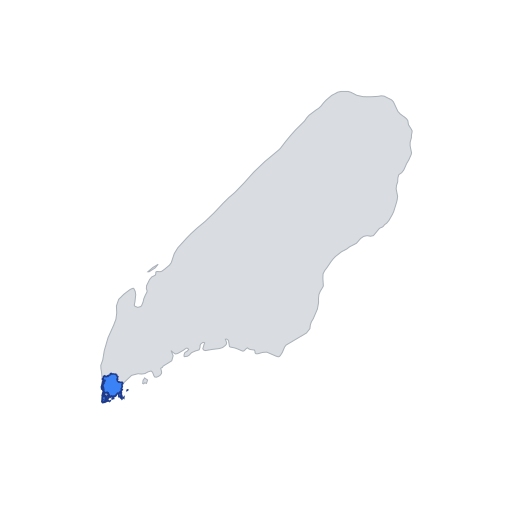 Antsiranana II, Diana, Madagascar (highlighted), rotated 208°
{"feature_id": "10022922B22775533170221", "entity_name": "Antsiranana II", "entity_type": "district", "adm_level": 2, "iso_a3": "MDG", "parent_name": "Madagascar", "parent_adm1": "Diana", "projection": "mercator", "projection_center": [49.235, -12.498], "detail": "fine", "context": "in_parent", "style": "filled", "palette": "blue", "viewbox_px": 512, "rotation_deg": 208, "n_neighbors": 0, "source": "geoboundaries", "source_scale": "gbopen_adm2", "svg_char_len": 8520}
<svg xmlns="http://www.w3.org/2000/svg" viewBox="0 0 512 512"><g transform="rotate(208 256 256)"><path d="M330.5,68.3L331.8,71.2L333.3,74.1L338.0,81.1L340.0,83.7L341.7,86.6L342.5,92.3L345.5,101.1L348.3,114.4L349.2,128.1L350.0,134.4L352.2,140.3L355.8,146.4L356.9,153.3L354.7,160.3L351.6,167.0L350.8,168.2L349.3,169.9L348.6,169.9L346.1,168.1L344.0,165.3L341.4,158.7L340.4,155.4L339.3,154.8L336.3,155.1L334.1,157.2L333.7,158.5L334.1,162.3L335.0,165.6L335.3,169.0L335.4,173.3L336.2,174.6L337.5,175.7L338.7,178.5L338.9,185.2L338.2,188.6L336.0,191.6L336.1,193.2L336.9,194.8L336.2,195.8L333.3,197.1L332.1,198.2L330.6,201.2L328.1,207.3L327.7,210.4L329.3,219.8L328.9,226.5L325.6,239.4L323.8,245.5L321.2,252.8L317.2,262.5L313.2,274.7L309.8,287.2L307.4,294.8L304.5,302.2L300.7,315.4L297.4,328.9L292.5,343.7L285.7,360.3L285.0,362.5L283.6,371.0L282.1,378.4L280.3,385.8L276.5,398.0L276.1,401.7L275.2,405.3L271.6,413.0L270.0,415.8L269.0,418.9L268.3,422.7L267.3,426.5L264.6,433.3L260.6,439.2L257.9,441.4L252.0,444.5L249.1,445.1L242.5,445.2L236.1,447.0L229.5,450.4L223.1,454.3L220.7,456.2L218.0,457.3L209.5,457.5L207.0,456.6L198.5,450.2L195.3,449.1L189.1,448.2L187.2,447.7L185.5,446.8L183.0,443.5L178.0,440.6L176.8,439.7L176.1,437.8L175.5,435.7L174.3,433.3L173.3,428.8L171.7,425.7L167.1,420.1L166.6,418.4L166.2,412.5L166.4,408.5L165.9,401.3L166.5,397.9L168.1,394.8L167.4,391.5L165.7,388.0L165.1,384.4L163.8,381.1L159.0,375.2L157.9,372.4L157.1,369.4L155.3,360.0L155.1,356.8L155.3,349.9L156.0,346.4L157.2,344.0L157.5,342.1L158.2,340.6L159.4,339.3L160.1,337.8L161.9,329.1L164.2,327.2L167.5,326.1L170.2,323.8L171.8,320.7L173.3,314.4L177.6,308.2L179.1,304.9L182.5,299.9L185.6,292.9L186.5,289.7L187.1,286.3L187.9,278.9L188.5,275.3L188.4,271.7L186.6,267.9L182.5,261.2L182.4,259.9L182.7,254.9L182.3,251.3L180.8,247.7L178.9,244.3L176.9,238.0L176.0,227.6L176.2,223.8L175.6,220.4L174.3,217.2L175.3,211.7L187.6,191.5L188.0,189.2L187.5,183.1L187.8,179.5L188.2,178.2L189.1,177.4L191.2,177.0L201.2,176.2L202.5,175.5L205.0,173.9L208.4,170.6L210.0,169.7L211.3,170.0L212.2,171.4L213.3,172.2L217.3,170.7L218.9,170.6L220.5,170.9L221.2,169.5L221.7,167.7L222.2,166.4L223.3,165.7L228.5,165.3L231.8,164.8L236.1,163.5L237.0,163.7L240.5,168.3L241.5,168.7L242.9,168.9L244.0,168.1L241.2,165.7L240.8,164.3L241.0,162.8L242.5,159.5L245.0,157.0L250.5,153.2L256.3,148.7L258.0,148.4L259.4,149.1L260.5,154.3L260.4,155.2L261.3,155.3L262.4,154.7L263.4,152.6L263.4,150.8L262.6,149.2L262.3,147.7L262.2,146.4L265.2,143.4L267.5,140.4L268.5,136.9L269.5,135.3L271.9,133.5L272.6,133.8L273.2,135.3L273.5,136.9L272.9,138.4L272.0,139.9L271.6,142.0L273.0,142.4L274.3,141.9L276.2,138.2L278.4,134.7L279.6,132.9L281.3,131.6L283.9,131.9L286.6,132.6L282.3,129.0L281.2,123.9L286.3,115.2L286.4,113.4L287.1,112.8L287.4,112.1L284.8,109.2L284.3,107.7L284.7,105.5L285.9,103.5L287.1,102.2L288.7,101.6L290.0,102.4L292.8,104.8L294.7,105.2L297.0,102.9L298.9,100.0L301.7,98.0L304.9,96.7L309.8,92.2L313.0,82.7L313.3,79.9L312.5,76.5L311.4,73.4L309.5,69.4L310.0,68.5L312.7,69.0L313.6,68.5L316.5,64.9L321.3,58.2L322.9,58.2L324.2,59.4L324.7,61.3L325.7,62.7L328.9,65.9L330.5,68.3ZM297.1,95.0L297.2,96.0L293.5,95.6L292.9,92.0L294.7,91.9L295.1,90.4L296.2,90.2L297.4,93.4L297.1,95.0ZM341.7,197.4L338.5,202.8L339.4,198.3L343.0,191.8L344.1,191.3L341.7,197.4Z" fill="#d9dde1" stroke="#a8b0b8" stroke-width="1"/><path d="M321.8,62.6L321.6,62.7L321.6,62.4L322.2,61.8L322.3,61.5L322.1,61.3L321.8,61.5L321.7,61.1L322.5,60.1L322.8,60.7L322.7,61.0L323.1,61.1L323.2,61.5L323.3,61.2L323.7,61.5L323.7,61.9L324.0,62.0L324.3,61.2L323.9,60.9L324.2,60.6L324.8,60.8L324.9,61.2L325.7,62.2L325.9,61.9L325.5,61.2L325.4,60.3L325.0,59.9L325.1,59.4L325.5,59.0L325.1,58.5L324.9,57.6L324.4,57.6L324.2,57.4L324.2,57.6L323.9,57.5L324.2,57.3L324.3,57.4L324.4,57.6L324.6,57.3L324.4,56.9L324.1,56.9L324.3,56.9L324.3,56.3L324.2,56.1L323.7,56.0L324.0,55.7L323.8,55.1L323.6,55.1L323.4,54.9L323.2,55.1L322.9,55.1L323.3,54.9L323.1,54.6L322.6,54.5L322.4,54.5L322.2,54.8L321.2,55.6L321.2,55.8L321.6,55.8L321.8,55.6L322.0,56.0L321.6,56.6L321.1,55.8L320.8,56.2L321.1,56.5L321.3,56.3L321.4,56.8L321.2,56.6L321.0,56.8L320.8,56.6L320.6,56.7L320.8,56.4L320.6,56.3L320.4,57.0L320.1,57.1L320.1,57.3L320.6,57.2L320.6,57.3L320.9,57.1L321.1,57.2L320.9,57.8L321.2,58.1L321.1,58.4L321.5,58.3L321.6,59.2L321.4,59.1L321.2,58.7L320.8,59.2L320.7,58.7L320.4,58.7L320.4,58.4L320.2,58.4L320.3,58.0L320.0,58.0L319.9,57.8L319.7,57.9L319.6,57.6L319.3,58.1L319.5,58.3L319.1,58.2L318.5,58.3L317.9,59.0L318.5,59.0L318.8,59.2L319.4,58.8L319.7,59.4L319.8,59.3L320.1,59.4L319.7,59.7L319.7,59.9L320.0,59.9L320.3,59.5L320.6,60.0L320.9,60.0L320.7,60.4L320.9,60.7L320.6,60.8L320.4,60.8L320.3,60.4L319.9,61.0L319.9,61.5L319.6,61.5L319.5,62.1L319.9,62.5L319.7,63.3L319.3,63.6L319.4,63.8L319.1,63.6L319.0,63.4L318.7,63.4L318.7,63.1L318.4,63.4L318.0,63.2L317.9,63.8L318.0,64.2L317.8,64.4L317.8,64.7L317.2,64.8L317.1,64.5L317.3,64.2L317.0,64.2L316.7,64.4L316.5,64.8L316.2,64.6L315.9,65.0L316.0,65.3L315.8,65.6L315.6,65.6L315.4,65.3L315.4,65.5L314.7,65.7L314.5,66.0L314.4,66.2L314.2,66.6L314.7,66.6L314.6,66.8L314.6,67.0L314.8,66.9L314.6,67.0L314.6,66.8L314.5,67.3L314.2,67.7L314.1,68.7L313.8,69.5L313.9,69.9L313.4,70.1L313.4,70.3L313.4,70.0L313.1,70.0L312.9,70.5L312.4,70.6L312.5,70.5L312.4,70.4L312.6,70.5L312.7,70.1L312.4,69.9L312.2,69.2L311.6,68.7L311.7,68.2L311.4,67.9L311.4,68.0L311.4,67.8L310.0,67.6L309.5,67.7L308.9,67.1L308.3,67.5L308.3,68.2L307.7,68.7L308.2,68.7L308.8,69.3L308.9,68.5L309.1,68.3L309.2,69.2L309.4,69.1L309.2,69.6L309.6,69.7L309.4,70.1L310.0,70.2L310.4,71.0L310.7,71.0L310.8,71.1L310.7,71.1L310.6,71.7L310.5,72.0L310.9,72.2L310.9,71.9L311.6,71.5L311.9,71.7L312.3,71.3L312.2,71.4L312.4,71.4L312.4,71.5L312.1,71.6L312.3,71.7L312.3,72.0L311.7,72.5L311.5,73.2L311.5,73.7L311.9,73.4L311.7,74.0L311.4,74.3L311.4,75.0L311.7,74.8L312.3,75.0L312.7,75.5L312.4,75.9L312.7,76.4L312.7,77.9L313.3,78.2L313.5,78.6L313.6,79.0L314.1,79.6L313.8,81.0L314.0,81.3L314.4,81.2L314.6,81.5L314.9,81.2L314.8,81.4L315.2,81.6L315.9,80.9L316.3,80.9L317.0,80.5L317.4,80.7L318.0,80.1L318.5,80.4L319.3,80.3L320.4,81.3L320.2,82.2L320.6,82.4L320.8,82.3L320.8,82.5L321.0,82.5L320.9,83.1L321.2,83.5L321.2,84.0L321.4,84.2L321.4,84.7L322.8,84.8L323.1,85.5L323.5,85.4L324.3,85.6L324.4,85.8L325.6,85.2L326.9,84.8L327.4,84.3L328.8,84.4L329.2,83.9L329.3,83.5L328.7,83.1L329.2,82.3L330.2,81.3L329.9,80.7L330.2,80.1L331.0,80.3L331.5,79.1L332.3,79.0L332.6,78.7L333.0,79.2L333.3,79.3L334.1,78.1L333.4,76.1L332.3,74.8L331.9,74.9L331.6,74.7L331.5,74.9L331.6,75.0L331.4,75.1L331.1,75.0L331.3,74.8L331.2,74.7L331.1,74.8L331.1,74.5L330.8,74.8L330.7,74.6L330.7,74.0L331.1,73.2L331.2,72.4L331.0,71.9L330.6,71.5L330.6,71.4L330.7,71.5L330.8,71.2L330.6,70.0L330.8,69.8L331.0,69.9L331.2,71.5L331.7,71.5L331.9,71.3L331.1,68.1L330.8,68.2L330.8,68.5L331.0,68.7L331.2,69.3L330.7,68.7L330.7,68.9L330.3,68.7L330.3,69.0L330.6,69.2L330.8,69.3L330.4,69.3L330.5,69.5L330.3,69.3L330.3,69.5L330.3,69.3L330.0,69.3L329.9,69.0L330.1,68.3L329.9,68.1L329.4,68.1L329.1,68.4L328.8,68.1L329.6,67.3L330.3,68.2L330.5,68.0L330.3,67.6L330.5,67.1L329.9,66.1L329.4,66.2L328.8,66.0L328.2,66.3L328.1,66.7L327.8,66.8L327.9,66.0L327.4,65.6L327.2,65.7L326.9,65.4L327.2,65.4L327.4,65.2L327.0,65.1L327.0,64.7L326.8,64.5L326.9,64.3L326.6,64.3L326.7,63.9L326.6,63.7L326.4,63.5L326.6,63.2L326.2,62.8L325.4,62.4L324.9,63.2L325.0,63.3L325.1,63.6L325.4,63.8L325.2,64.5L324.7,64.8L324.1,64.7L324.0,65.4L323.3,65.5L323.2,65.9L322.6,65.8L322.3,65.9L322.1,65.6L322.3,65.1L322.3,64.4L322.2,64.6L321.9,64.5L321.6,65.1L321.4,65.0L321.5,64.9L321.3,64.9L321.6,64.8L321.3,64.6L320.9,64.5L320.9,64.8L320.8,64.6L320.9,64.2L321.1,64.2L321.3,63.9L321.1,63.5L321.3,63.6L321.3,63.2L321.8,62.6ZM332.3,72.9L332.1,73.0L332.3,73.1L332.2,73.3L332.0,73.0L331.8,73.1L331.6,73.1L331.6,73.5L332.3,73.5L332.3,72.9ZM306.8,77.3L306.7,76.7L306.5,76.9L306.3,77.4L306.4,77.6L306.8,77.3ZM332.2,73.8L331.4,73.5L331.9,74.1L332.2,73.8ZM333.9,75.2L333.7,75.0L333.3,75.5L333.7,75.6L333.8,75.2L334.0,76.2L333.9,75.2ZM316.0,62.5L315.7,62.5L315.8,62.7L315.5,63.2L315.8,63.2L315.9,62.9L316.0,62.5ZM330.7,67.3L330.8,67.8L331.0,67.9L331.1,67.7L330.7,67.3ZM326.1,60.7L325.9,60.9L326.5,61.4L326.4,61.1L326.5,60.8L326.1,60.7ZM307.2,66.7L307.1,67.1L307.4,67.1L307.5,66.9L307.2,66.7ZM326.0,60.0L325.7,59.5L325.4,59.8L325.7,59.7L326.0,60.0ZM306.4,68.7L306.1,68.6L306.3,69.1L306.4,68.7ZM311.3,72.0L311.2,72.1L311.3,72.2L311.5,72.1L311.3,72.0ZM316.9,59.1L316.8,59.4L316.8,59.5L317.0,59.2L316.9,59.1ZM314.9,63.5L315.0,63.3L314.8,63.4L314.9,63.5Z" fill="#3b82f6" stroke="#1e3a8a" stroke-width="1.5"/></g></svg>